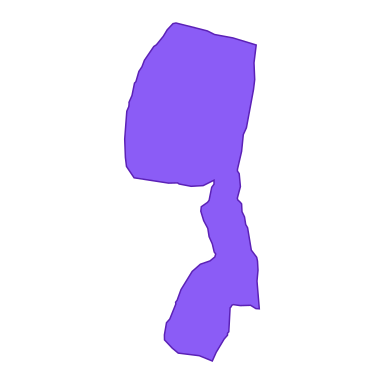 Yupiltepeque, Jutiapa, Guatemala (orthographic projection)
{"feature_id": "79465075B99403768988666", "entity_name": "Yupiltepeque", "entity_type": "district", "adm_level": 2, "iso_a3": "GTM", "parent_name": "Guatemala", "parent_adm1": "Jutiapa", "projection": "orthographic", "projection_center": [-89.785, 14.166], "detail": "fine", "context": "isolated", "style": "filled", "palette": "violet", "viewbox_px": 384, "rotation_deg": 0, "n_neighbors": 0, "source": "geoboundaries", "source_scale": "gbopen_adm2", "svg_char_len": 1275}
<svg xmlns="http://www.w3.org/2000/svg" viewBox="0 0 384 384"><path d="M195.2,27.8L176.0,23.0L173.0,23.6L167.2,29.8L163.3,36.3L156.4,44.8L153.8,46.5L144.4,60.3L142.0,66.7L138.9,71.4L135.9,81.7L134.5,83.1L132.0,95.5L129.0,102.3L129.1,103.9L128.8,106.6L126.8,111.2L124.7,139.1L125.4,157.5L126.5,166.5L134.1,177.8L168.5,183.1L177.6,182.9L179.1,184.0L191.1,186.3L203.2,185.6L214.0,180.2L214.0,184.2L211.7,187.3L209.1,200.3L207.5,202.4L201.3,206.7L200.8,211.2L203.7,220.7L207.8,228.4L209.1,236.7L212.3,243.9L214.2,252.0L215.7,254.0L214.8,257.0L210.0,260.9L200.4,264.2L192.2,271.4L181.0,289.6L177.1,300.3L175.6,302.2L175.8,304.1L169.8,319.0L166.5,322.7L164.4,334.9L164.5,339.9L172.2,348.1L178.2,353.1L199.3,355.7L212.3,361.0L216.2,352.3L224.1,339.1L227.5,335.2L227.5,333.2L228.8,331.8L230.1,307.8L231.0,306.9L231.9,305.2L233.3,304.6L240.3,305.6L250.6,305.3L255.9,308.6L259.3,308.8L257.0,281.1L258.0,270.2L257.5,261.1L256.7,257.3L251.3,250.1L247.6,227.8L245.7,224.5L244.5,216.9L242.0,211.7L241.6,203.9L240.4,202.4L239.1,201.1L237.9,200.1L237.3,198.3L240.4,186.6L239.2,173.7L237.4,171.0L237.5,169.1L241.6,151.4L243.3,134.6L246.4,127.8L253.5,89.6L254.7,79.6L254.0,62.8L256.2,45.0L232.9,37.9L214.5,34.5L207.3,30.9L195.2,27.8Z" fill="#8b5cf6" stroke="#5b21b6" stroke-width="1.5"/></svg>